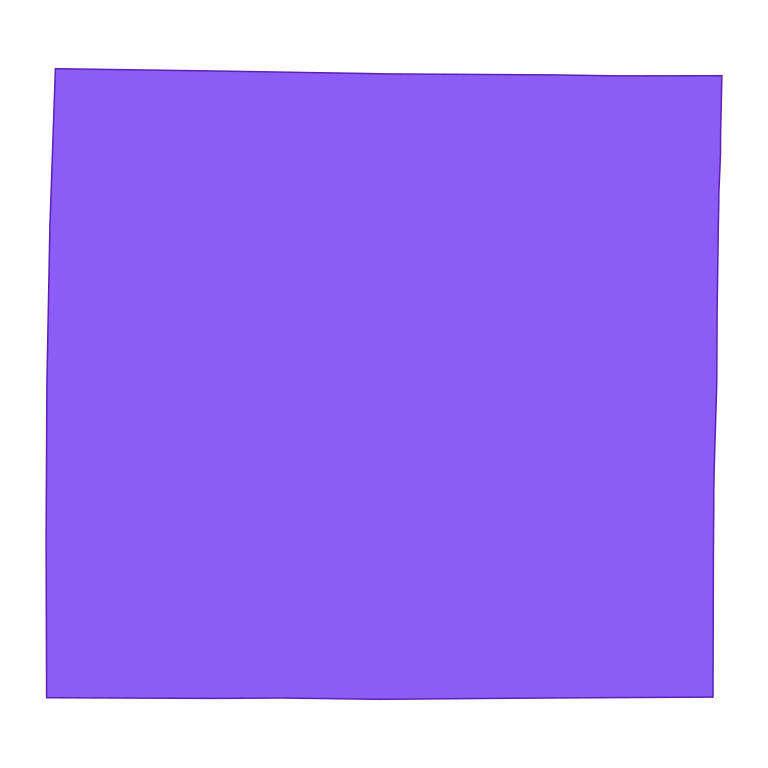 outline of Waukesha, Wisconsin, United States of America
{"feature_id": "52423323B1729669151935", "entity_name": "Waukesha", "entity_type": "district", "adm_level": 2, "iso_a3": "USA", "parent_name": "United States of America", "parent_adm1": "Wisconsin", "projection": "natural_earth1", "projection_center": [-88.197, 43.019], "detail": "fine", "context": "isolated", "style": "filled", "palette": "violet", "viewbox_px": 768, "rotation_deg": 0, "n_neighbors": 0, "source": "geoboundaries", "source_scale": "gbopen_adm2", "svg_char_len": 505}
<svg xmlns="http://www.w3.org/2000/svg" viewBox="0 0 768 768"><path d="M713.0,697.1L713.4,557.0L713.5,542.7L713.8,502.8L713.8,490.6L714.3,464.8L714.7,451.8L716.6,388.7L716.8,375.9L717.1,312.3L717.1,311.1L718.1,242.8L718.2,232.3L718.8,202.9L718.8,194.5L720.5,154.3L720.6,133.5L721.9,75.7L618.9,75.9L554.2,74.9L388.0,73.9L221.7,71.1L55.4,68.7L49.9,226.2L46.9,383.4L46.1,541.0L46.6,697.7L212.5,698.4L281.2,698.0L378.8,699.3L546.1,698.0L713.0,697.1Z" fill="#8b5cf6" stroke="#5b21b6" stroke-width="1.5"/></svg>